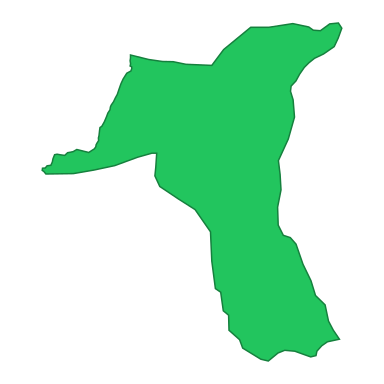 Koui, Ouham-Pendé, Central African Republic
{"feature_id": "33826404B71934397264584", "entity_name": "Koui", "entity_type": "district", "adm_level": 2, "iso_a3": "CAF", "parent_name": "Central African Republic", "parent_adm1": "Ouham-Pendé", "projection": "orthographic", "projection_center": [15.242, 6.674], "detail": "fine", "context": "isolated", "style": "filled", "palette": "green", "viewbox_px": 384, "rotation_deg": 0, "n_neighbors": 0, "source": "geoboundaries", "source_scale": "gbopen_adm2", "svg_char_len": 1799}
<svg xmlns="http://www.w3.org/2000/svg" viewBox="0 0 384 384"><path d="M339.4,339.2L333.3,330.2L328.5,321.1L325.1,304.9L315.5,295.5L311.0,280.8L303.0,264.3L296.0,244.1L290.3,237.6L283.3,235.3L278.2,225.1L277.6,207.2L281.0,189.9L280.1,174.5L278.4,160.6L288.3,139.0L294.5,117.1L293.1,99.8L290.5,91.3L291.1,86.1L295.9,81.0L299.6,74.2L304.3,67.4L308.9,62.8L314.5,58.3L323.5,54.0L334.2,46.6L338.2,38.1L341.8,28.2L338.4,23.0L329.7,23.9L320.4,30.7L313.3,30.2L308.8,27.0L292.8,23.6L268.8,27.3L250.7,27.3L223.7,49.5L211.8,65.4L185.9,64.3L173.2,61.7L162.5,61.5L148.7,59.5L130.5,55.0L130.5,58.0L130.1,60.7L130.6,63.9L130.1,66.0L131.6,66.7L131.8,68.5L130.9,71.0L126.8,73.2L123.2,78.9L120.9,83.9L120.3,85.6L119.5,87.9L119.1,89.0L117.3,94.4L115.5,97.6L114.5,99.7L113.5,101.8L112.3,103.5L112.1,103.8L111.6,104.5L111.1,105.3L110.4,107.0L110.0,109.8L107.9,113.0L106.6,116.5L104.7,121.0L104.2,122.1L101.8,126.3L100.2,127.4L100.0,127.5L99.6,130.1L99.3,132.9L99.0,135.6L98.4,138.0L98.6,140.6L97.2,142.8L97.0,143.1L96.1,144.8L95.8,146.8L94.3,148.9L91.3,150.8L88.7,152.5L88.1,152.3L87.7,152.2L84.5,151.4L84.3,151.4L82.9,151.0L76.8,149.5L73.2,151.6L70.9,152.1L70.6,152.2L69.8,152.3L67.6,152.7L64.7,155.4L60.4,154.8L57.1,154.2L54.6,154.7L53.0,158.7L52.3,162.1L51.1,164.7L50.9,165.3L50.7,165.3L47.1,165.8L46.7,166.2L46.5,166.5L45.2,168.0L42.5,168.2L42.2,170.4L43.8,171.4L45.9,174.0L73.4,173.6L93.7,170.1L114.8,165.6L137.7,157.2L151.9,153.2L156.7,153.2L155.8,167.0L154.9,175.9L159.8,186.5L178.3,198.9L195.1,209.6L210.5,231.8L211.8,261.1L215.4,288.6L220.7,292.2L223.3,310.8L228.6,315.2L229.0,330.3L239.6,339.7L242.7,348.1L260.8,359.2L268.3,361.0L278.0,353.0L284.7,350.3L294.8,351.2L304.5,354.7L310.7,356.9L316.0,355.6L316.9,351.2L321.7,345.8L327.4,341.8L339.4,339.2Z" fill="#22c55e" stroke="#15803d" stroke-width="1.5"/></svg>